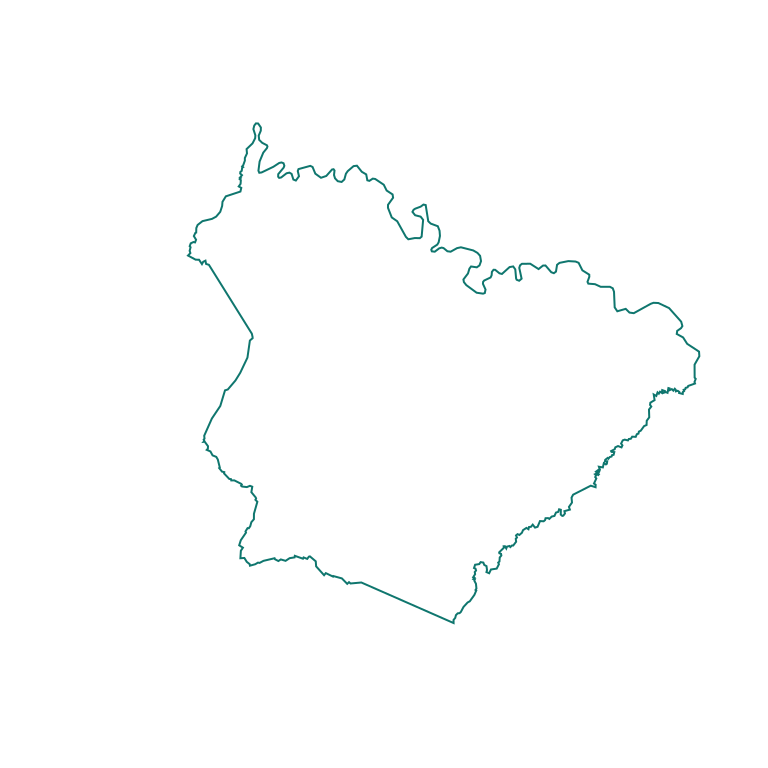 Kantharawichai, Maha Sarakham, Thailand, rotated 215°
{"feature_id": "78962969B87727781395141", "entity_name": "Kantharawichai", "entity_type": "district", "adm_level": 2, "iso_a3": "THA", "parent_name": "Thailand", "parent_adm1": "Maha Sarakham", "projection": "natural_earth1", "projection_center": [103.249, 16.291], "detail": "fine", "context": "isolated", "style": "outline", "palette": "teal", "viewbox_px": 768, "rotation_deg": 215, "n_neighbors": 0, "source": "geoboundaries", "source_scale": "gbopen_adm2", "svg_char_len": 6166}
<svg xmlns="http://www.w3.org/2000/svg" viewBox="0 0 768 768"><g transform="rotate(215 384 384)"><path d="M185.5,325.8L185.3,330.6L187.3,332.8L187.0,334.5L189.0,335.7L188.5,337.6L186.5,338.0L185.7,341.3L186.3,344.0L184.8,347.8L182.4,347.9L183.2,350.0L181.7,351.3L181.5,354.1L177.9,353.0L176.3,355.1L177.6,361.2L174.5,363.1L174.0,364.9L174.7,366.7L172.6,368.3L171.2,368.3L170.6,371.6L168.7,373.7L169.4,377.3L167.9,379.2L168.7,381.8L167.0,382.4L164.3,378.4L162.3,378.2L161.6,379.0L161.5,381.7L163.3,383.3L159.7,387.7L162.0,389.4L162.0,394.7L165.2,398.5L165.6,401.8L156.3,419.3L151.5,420.8L152.9,422.9L154.9,422.9L155.9,428.4L157.6,428.9L157.9,430.9L159.4,431.1L158.8,432.1L156.3,432.3L156.2,433.3L160.1,433.7L159.2,436.4L158.1,435.0L157.4,435.4L158.0,437.7L160.5,439.5L156.9,441.2L158.5,445.2L156.1,445.4L155.7,446.5L156.8,448.7L158.6,447.3L159.3,448.8L158.4,451.7L157.3,451.5L157.2,453.6L156.0,455.1L156.4,456.5L155.3,457.7L156.3,460.3L158.7,458.9L159.5,459.3L157.6,462.9L158.2,464.8L156.7,467.4L153.1,468.3L153.5,470.5L155.6,471.2L156.1,474.8L154.9,476.5L151.8,477.7L151.9,479.4L150.4,480.7L150.5,483.2L147.5,485.1L148.1,487.9L147.1,489.3L147.9,491.2L146.9,493.0L146.8,498.7L145.4,501.0L147.7,504.6L147.6,508.8L152.3,515.1L152.1,518.8L154.1,519.5L155.1,521.5L153.1,526.0L157.0,530.1L154.1,530.4L155.1,534.0L153.3,533.7L153.5,536.0L151.3,536.1L152.6,538.6L150.1,539.3L149.8,537.3L148.5,539.0L146.7,539.4L148.7,543.8L147.5,544.2L146.6,542.6L145.3,544.9L143.2,544.5L143.1,546.9L141.7,546.6L140.7,545.4L139.5,546.9L137.6,546.9L137.1,545.9L133.6,547.2L134.6,548.9L134.1,550.3L135.2,551.1L134.2,552.4L134.7,553.9L133.4,555.4L133.7,556.9L129.5,562.8L130.8,563.7L131.6,567.0L133.2,567.4L140.7,578.0L141.6,587.6L144.5,591.2L158.7,590.8L165.7,593.7L172.9,592.9L174.3,595.7L172.7,600.1L172.8,602.6L176.3,605.5L194.0,609.7L205.7,607.7L209.8,605.1L211.5,602.7L220.0,585.3L223.9,583.3L229.1,584.2L234.6,577.4L239.0,579.1L248.5,591.5L251.5,593.6L254.7,593.2L262.3,587.9L268.4,586.8L274.2,583.4L275.9,584.4L277.3,589.6L278.6,591.3L286.7,590.9L294.1,594.9L297.3,594.2L303.5,590.4L309.7,583.9L310.6,580.9L307.6,574.7L308.4,572.2L311.1,571.5L319.7,573.7L321.7,572.2L323.3,566.8L333.2,566.4L340.0,561.5L340.6,559.2L339.8,556.7L331.7,549.2L332.5,546.1L335.1,545.5L336.3,546.2L342.2,553.2L345.6,554.4L348.2,551.8L350.5,541.8L352.9,540.9L358.4,541.3L359.8,540.4L359.9,537.7L358.2,534.8L357.8,532.4L361.3,526.2L361.4,524.5L360.4,522.8L355.0,519.6L353.6,516.3L354.7,514.8L360.5,511.9L373.3,512.2L377.0,513.3L378.9,515.2L378.6,522.7L380.2,527.5L380.1,530.2L374.9,532.8L373.8,535.9L375.0,540.3L378.8,544.1L382.6,545.0L387.5,544.6L399.4,540.1L402.1,537.2L405.3,530.6L408.2,529.1L413.2,529.5L415.0,528.8L416.6,526.8L418.3,521.5L420.9,520.1L422.3,521.1L422.6,523.0L420.3,528.7L420.5,531.4L423.1,537.4L426.4,541.4L430.4,544.1L437.7,542.2L441.1,542.7L452.5,554.5L454.6,553.6L455.7,550.3L459.0,545.5L459.7,543.7L459.4,541.3L455.3,540.1L450.0,542.1L446.1,540.9L437.7,526.3L438.3,524.0L442.4,521.3L447.1,516.5L450.5,517.1L466.5,524.9L473.2,524.9L481.8,530.6L483.5,533.1L483.4,541.8L485.7,544.2L492.8,544.0L498.5,547.1L508.8,546.9L511.0,545.8L512.5,542.0L514.5,541.3L518.8,545.5L523.9,545.1L531.4,547.3L533.9,545.0L535.8,537.6L535.8,534.4L533.8,528.8L534.6,525.2L538.2,523.6L542.1,524.4L544.8,526.5L547.0,530.5L548.5,531.0L549.6,529.9L550.6,521.3L553.9,516.8L560.9,516.9L567.0,520.8L569.5,520.4L577.3,511.0L576.8,509.0L572.8,505.4L572.9,500.1L575.5,499.5L580.2,503.1L582.7,502.9L584.7,500.7L586.7,494.2L588.1,492.7L589.6,493.1L591.0,495.2L590.3,503.7L590.8,505.6L592.9,507.2L595.0,506.7L596.6,505.0L599.2,498.5L605.6,487.1L607.3,485.5L609.2,486.7L613.5,494.9L615.6,504.3L615.2,510.1L615.7,511.7L616.8,512.4L622.1,511.7L626.3,512.4L629.1,515.6L630.2,520.8L632.0,523.5L636.5,525.2L638.4,524.0L638.5,521.3L637.2,517.9L632.0,513.9L630.5,511.4L629.7,505.7L631.3,497.6L628.5,494.3L627.6,489.3L626.1,487.2L624.8,482.4L625.0,480.9L623.8,480.8L624.2,479.7L622.8,477.0L623.3,475.3L622.5,473.9L620.1,473.6L620.4,470.3L619.5,470.5L619.6,469.0L618.2,468.9L616.3,465.7L616.3,462.5L613.4,462.8L612.0,459.3L621.2,447.0L620.8,440.6L618.7,437.0L616.9,431.1L617.5,424.8L619.6,420.6L626.1,413.3L627.9,407.4L627.2,404.1L624.7,400.3L625.2,399.6L624.6,396.1L620.7,394.4L620.0,391.6L621.5,391.0L623.0,388.4L622.2,385.4L620.9,385.1L619.6,381.6L617.7,380.2L618.2,376.8L609.6,377.8L606.8,379.7L601.9,377.8L602.2,380.4L601.0,382.6L598.6,380.3L595.8,381.2L521.1,349.4L518.7,347.2L517.9,346.2L518.8,342.7L511.0,327.3L508.2,310.7L507.7,301.6L508.8,289.9L510.6,287.6L505.5,272.1L505.2,257.0L501.6,238.5L499.7,236.3L499.8,235.0L498.5,234.3L498.6,233.2L497.8,233.9L492.5,232.1L491.2,230.0L491.4,228.4L487.5,229.2L483.5,227.2L479.6,228.1L476.8,226.8L470.6,221.4L470.8,220.6L466.4,219.3L464.3,220.2L463.7,219.0L456.3,217.5L454.8,218.3L453.8,217.4L451.3,219.2L443.7,220.3L442.8,220.1L442.7,218.7L441.5,218.6L437.2,220.9L435.4,223.7L433.0,224.3L430.6,219.3L424.1,217.5L423.1,216.9L422.9,215.4L420.2,214.9L416.1,203.1L413.0,198.6L413.4,194.7L412.0,190.8L412.0,188.3L413.1,187.7L412.9,183.8L411.8,183.1L411.7,173.9L410.1,168.8L405.7,169.0L405.6,165.3L401.7,158.9L398.6,161.4L394.4,159.6L390.7,159.4L389.6,158.3L386.1,162.5L384.8,165.4L383.3,166.1L381.3,170.0L373.7,178.5L372.8,177.9L369.0,178.4L367.9,181.1L363.2,182.7L361.4,187.2L357.8,190.7L358.5,192.1L350.2,194.4L350.4,195.8L346.6,196.7L346.5,199.5L345.8,200.3L338.2,199.6L335.0,195.7L323.4,193.0L323.2,195.7L315.3,197.0L315.4,197.6L307.0,200.6L299.5,199.2L299.0,201.6L297.0,201.4L288.7,208.4L189.9,228.1L191.7,230.6L191.5,233.3L192.5,235.9L192.1,238.4L190.7,239.6L190.3,241.3L191.0,247.0L190.2,253.0L189.1,255.2L189.0,263.1L190.0,267.8L190.9,267.8L191.0,269.5L194.1,273.1L197.2,274.7L197.6,276.3L198.9,275.6L198.9,277.2L200.1,276.9L200.3,280.5L201.8,282.0L201.6,284.0L203.1,285.2L204.7,284.9L205.7,288.2L202.7,291.1L202.7,293.5L200.2,294.7L198.1,293.3L195.6,293.6L192.9,290.7L192.2,288.7L189.3,289.3L190.0,293.4L185.8,297.4L186.5,302.3L188.0,303.2L187.6,304.8L189.7,308.3L189.5,310.8L190.7,312.0L192.4,311.5L193.1,312.2L191.9,318.7L192.9,319.7L191.9,320.5L189.5,319.4L190.0,321.3L188.3,323.3L187.0,322.9L186.5,325.2L185.5,325.8Z" fill="none" stroke="#0f766e" stroke-width="2"/></g></svg>